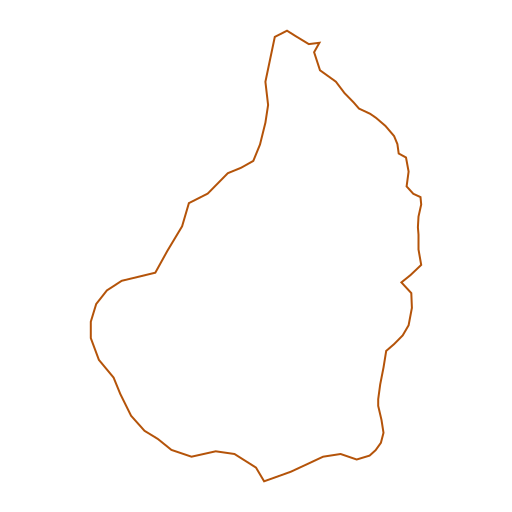 outline of Afanteia-Orniti, Cyprus
{"feature_id": "46923920B30360023901504", "entity_name": "Afanteia-Orniti", "entity_type": "district", "adm_level": 2, "iso_a3": "CYP", "parent_name": "Cyprus", "parent_adm1": "", "projection": "natural_earth1", "projection_center": [33.575, 35.154], "detail": "fine", "context": "isolated", "style": "outline", "palette": "amber", "viewbox_px": 512, "rotation_deg": 0, "n_neighbors": 0, "source": "geoboundaries", "source_scale": "gbopen_adm2", "svg_char_len": 1060}
<svg xmlns="http://www.w3.org/2000/svg" viewBox="0 0 512 512"><path d="M90.8,338.1L98.9,359.9L113.6,377.6L120.3,394.0L131.1,415.8L144.5,430.8L157.9,439.0L171.4,449.9L191.5,456.7L215.7,451.3L234.5,454.0L256.0,467.6L264.1,481.3L290.9,471.7L323.1,456.7L340.6,454.0L356.7,459.5L369.6,455.6L375.6,450.2L380.9,442.8L383.5,432.8L381.5,420.0L378.2,405.9L378.2,399.2L380.2,384.4L383.5,367.6L386.2,350.9L394.1,344.1L402.7,335.4L408.6,325.3L411.9,307.9L411.3,293.1L401.4,282.4L410.6,275.0L421.2,264.9L418.5,249.5L418.5,234.7L417.9,227.3L418.5,216.6L421.2,204.5L420.5,197.1L413.3,193.8L406.6,186.4L408.6,171.6L406.0,157.5L398.7,153.5L397.4,144.1L394.1,136.1L385.5,126.0L376.2,118.0L370.3,113.9L359.0,108.6L353.7,102.5L344.5,93.1L335.9,81.7L320.0,70.3L314.1,52.2L319.4,42.8L308.8,44.1L295.6,36.1L287.0,30.7L274.8,36.9L265.4,81.8L268.1,105.0L265.4,122.7L260.0,144.5L253.3,160.9L241.2,167.7L227.8,173.2L207.7,193.6L188.9,203.1L182.1,226.3L167.4,250.8L155.3,272.7L121.7,280.8L106.9,290.4L96.2,304.0L90.8,321.7L90.8,338.1Z" fill="none" stroke="#b45309" stroke-width="2"/></svg>